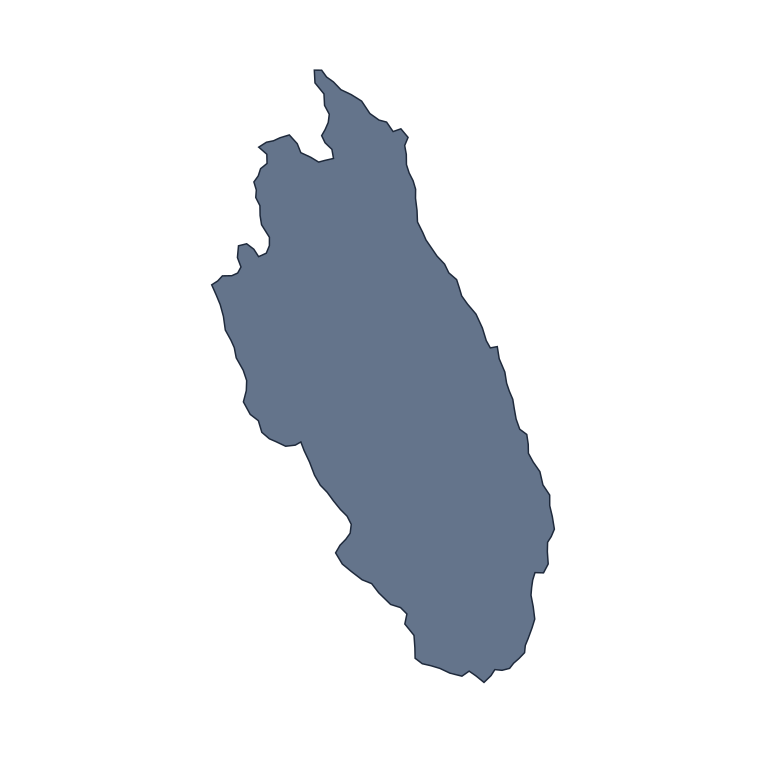 Paulistas, Minas Gerais, Brazil (Equal Earth projection), rotated 333°
{"feature_id": "56859067B39216072479731", "entity_name": "Paulistas", "entity_type": "district", "adm_level": 2, "iso_a3": "BRA", "parent_name": "Brazil", "parent_adm1": "Minas Gerais", "projection": "equal_earth", "projection_center": [-42.864, -18.454], "detail": "fine", "context": "isolated", "style": "filled", "palette": "slate", "viewbox_px": 768, "rotation_deg": 333, "n_neighbors": 0, "source": "geoboundaries", "source_scale": "gbopen_adm2", "svg_char_len": 2241}
<svg xmlns="http://www.w3.org/2000/svg" viewBox="0 0 768 768"><g transform="rotate(333 384 384)"><path d="M379.9,134.4L371.8,136.1L366.4,141.5L359.8,144.9L358.3,153.2L354.4,159.6L354.4,168.8L350.1,177.6L347.2,186.5L348.5,201.3L344.7,208.7L338.5,214.0L330.1,213.6L329.2,204.8L325.3,196.7L317.1,194.8L310.8,204.8L309.7,214.8L304.0,218.7L297.5,218.4L289.1,214.3L282.6,216.7L275.5,217.4L274.9,228.7L274.1,238.9L271.6,250.9L267.1,263.9L267.5,275.6L267.1,283.6L264.2,293.6L264.8,307.8L263.2,318.6L258.3,327.4L250.6,336.1L251.0,350.4L255.4,359.6L253.2,371.6L257.0,380.8L261.3,386.0L268.1,394.8L277.2,398.2L283.6,397.9L282.6,407.0L282.2,419.9L280.7,433.7L281.3,445.3L284.2,454.7L285.9,465.2L288.2,476.1L291.1,485.0L291.1,494.2L286.1,501.6L279.5,505.0L271.6,507.7L264.2,512.5L265.1,525.5L269.8,536.3L275.6,548.5L282.4,556.3L284.5,567.7L289.8,583.4L297.2,590.7L300.0,599.3L293.6,607.3L296.6,621.6L291.7,633.2L287.2,642.5L291.1,650.6L297.9,656.3L304.7,662.8L311.5,671.6L320.8,679.7L329.5,678.5L333.4,685.8L337.6,695.3L347.0,692.4L353.1,688.8L359.2,692.7L366.8,694.4L372.8,691.6L379.6,689.9L387.3,687.2L391.2,681.1L396.8,676.3L405.2,668.5L411.6,661.9L415.8,650.3L419.1,638.9L423.2,632.3L427.5,626.2L432.9,620.6L440.4,624.7L448.6,618.9L453.4,607.6L457.9,599.3L463.7,595.9L469.9,590.7L473.8,578.5L476.4,567.7L481.2,558.2L479.8,546.0L483.1,532.9L481.5,521.3L481.2,511.3L485.1,503.3L488.3,493.8L484.4,485.9L485.8,475.2L489.0,464.7L491.8,456.1L492.4,447.3L493.6,439.0L497.1,428.2L498.1,413.8L501.9,402.1L495.1,400.1L494.8,391.8L497.1,378.7L497.7,363.5L494.7,350.8L493.2,340.8L494.7,332.7L496.1,324.0L492.2,314.4L492.4,304.7L489.3,294.1L488.0,283.9L486.8,274.8L487.3,266.6L487.4,254.8L492.2,244.4L496.4,232.8L500.6,224.8L502.2,216.2L502.2,207.4L503.6,198.7L508.1,189.6L510.7,180.9L517.4,175.2L514.9,164.3L506.7,163.2L505.2,151.8L499.4,146.6L494.2,136.6L492.5,121.8L486.2,111.3L479.2,102.2L476.1,91.9L472.2,84.4L470.9,76.1L464.4,72.7L459.2,84.4L462.2,98.3L457.5,108.8L457.7,118.8L453.0,125.7L447.0,130.6L441.2,134.4L441.0,142.3L444.1,151.3L441.4,160.1L432.7,157.9L426.5,156.6L421.7,148.8L414.9,140.1L415.8,130.5L412.7,119.1L403.3,117.4L395.9,117.1L389.0,115.2L379.9,116.1L383.9,126.1L379.9,134.4Z" fill="#64748b" stroke="#1e293b" stroke-width="1.5"/></g></svg>